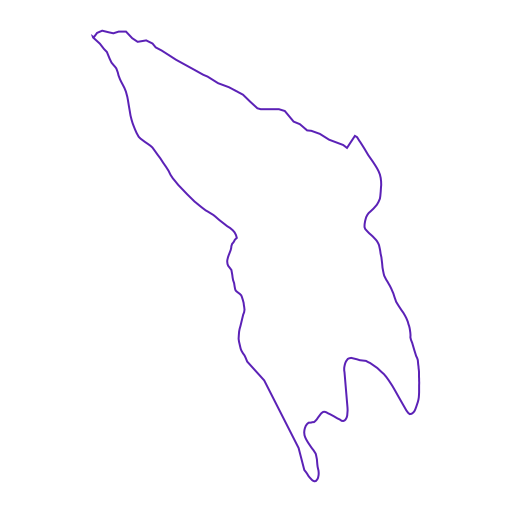 Chalon, Anse-la-Raye, Saint Lucia (Equal Earth projection)
{"feature_id": "8701671B73025224751915", "entity_name": "Chalon", "entity_type": "district", "adm_level": 2, "iso_a3": "LCA", "parent_name": "Saint Lucia", "parent_adm1": "Anse-la-Raye", "projection": "equal_earth", "projection_center": [-61.044, 13.92], "detail": "fine", "context": "isolated", "style": "outline", "palette": "violet", "viewbox_px": 512, "rotation_deg": 0, "n_neighbors": 0, "source": "geoboundaries", "source_scale": "gbopen_adm2", "svg_char_len": 4432}
<svg xmlns="http://www.w3.org/2000/svg" viewBox="0 0 512 512"><path d="M92.8,36.6L93.1,37.5L99.9,43.7L103.9,48.9L106.9,52.0L109.6,58.6L111.5,62.6L114.0,65.6L115.0,66.7L116.3,68.4L117.8,72.5L118.5,75.4L120.0,79.3L121.3,82.0L122.8,84.8L124.4,87.9L125.9,91.6L127.3,96.8L127.9,99.9L128.8,105.5L129.8,111.3L130.5,115.5L131.5,119.5L132.6,123.2L133.5,125.6L135.0,129.4L136.6,133.0L138.7,136.8L140.5,138.6L144.9,141.9L148.0,144.0L150.5,145.8L152.4,147.5L154.8,150.8L157.8,155.0L160.3,158.3L163.2,162.8L166.2,167.1L168.6,170.9L170.5,174.8L172.8,178.3L174.8,180.7L178.2,184.9L187.1,194.2L194.5,201.5L201.5,207.2L205.7,210.4L207.7,211.5L213.4,215.0L215.4,216.6L218.8,219.6L220.3,220.8L227.2,226.2L230.1,228.0L232.8,230.3L234.6,232.4L236.0,235.1L236.8,237.9L234.9,239.7L233.8,241.8L232.9,243.0L232.2,243.7L231.4,246.0L231.2,247.9L230.7,250.0L229.6,252.9L228.7,255.2L228.0,257.2L227.3,260.1L227.2,261.5L227.5,264.0L228.2,265.8L229.9,268.0L231.4,270.0L231.8,272.2L232.3,275.1L232.6,277.5L233.1,280.2L234.1,283.1L234.6,286.4L235.1,289.0L235.6,290.4L236.2,291.1L237.4,292.1L239.8,293.9L241.2,295.3L241.8,296.7L242.8,299.8L243.6,302.8L243.9,305.3L244.2,307.0L244.5,309.7L244.1,312.3L243.2,314.6L242.2,318.7L241.2,322.9L240.5,325.8L239.6,329.0L239.1,331.7L238.8,335.5L238.6,338.8L239.0,341.6L239.7,344.6L240.2,346.8L240.7,348.8L241.4,350.6L242.9,353.2L244.5,355.4L245.6,357.7L247.2,361.6L264.2,380.4L298.6,448.0L304.3,470.0L306.2,472.4L307.4,474.2L308.4,475.9L309.5,477.3L310.6,478.5L312.0,480.0L313.3,480.9L314.6,481.3L315.9,481.0L317.0,479.7L317.3,479.3L317.9,478.2L318.2,477.1L318.6,475.0L318.7,473.0L318.5,470.7L318.1,469.0L317.6,466.7L317.3,464.2L317.1,461.8L316.9,459.3L316.5,457.3L316.1,455.3L315.7,453.7L314.5,451.8L313.4,450.1L312.1,448.5L310.9,446.8L309.7,445.0L308.4,443.1L307.1,441.0L306.1,439.2L305.2,437.3L304.5,435.2L304.2,432.4L304.4,430.2L304.9,428.1L305.8,425.8L307.1,424.0L308.6,422.7L311.0,422.6L312.3,422.2L314.0,422.1L315.2,421.1L316.7,419.5L318.2,417.3L319.2,416.0L321.0,413.6L321.9,412.8L323.2,411.9L324.7,411.8L326.3,412.3L328.2,413.4L330.0,414.2L333.9,416.3L337.4,418.4L339.8,419.5L341.6,420.8L343.2,421.0L344.5,420.5L345.4,419.7L346.2,418.4L346.7,417.4L347.2,415.5L347.4,413.0L347.6,410.4L347.5,407.8L344.5,372.3L344.2,370.3L344.2,367.9L344.5,366.1L344.8,364.7L345.3,363.0L346.0,361.4L347.8,358.9L349.2,358.3L351.2,357.9L357.0,359.3L359.8,360.2L366.0,360.9L368.1,362.1L370.1,363.0L377.3,368.0L381.2,371.7L383.9,374.1L386.4,377.1L388.7,380.3L392.3,385.8L395.2,390.8L398.4,396.5L402.5,403.7L406.4,410.5L408.2,412.9L409.7,414.1L411.5,413.8L412.3,413.3L413.5,412.3L414.5,411.0L415.3,409.3L416.2,406.9L416.9,404.8L417.8,402.1L418.4,399.8L418.8,397.4L419.0,394.7L419.1,392.4L419.1,390.1L419.1,388.6L419.1,387.5L419.1,385.3L419.2,382.8L419.1,380.6L419.1,378.7L419.0,376.9L419.0,374.1L419.0,371.9L418.8,369.7L418.6,368.2L418.5,366.6L418.2,364.4L417.8,360.1L417.2,358.2L416.1,355.9L414.3,350.1L412.6,344.3L412.2,342.9L411.0,339.9L410.4,337.4L410.5,335.1L410.3,332.6L409.9,329.7L409.6,328.0L409.1,326.0L408.4,324.0L407.9,322.0L406.9,319.5L406.3,318.1L405.0,315.6L403.3,312.7L401.5,310.2L398.6,305.8L397.3,303.7L396.1,301.7L395.5,299.9L394.7,297.7L393.9,295.2L393.3,293.3L392.4,291.3L391.2,288.5L389.9,285.9L388.5,283.5L387.5,281.7L386.4,280.0L385.4,278.1L384.2,275.7L383.7,273.8L383.1,270.9L382.5,267.6L382.1,263.2L381.4,257.3L380.6,253.7L380.2,250.8L379.8,248.7L379.0,245.1L378.2,243.3L377.0,241.2L376.0,239.9L374.5,238.3L372.8,236.5L371.3,235.1L369.1,233.2L367.2,231.2L365.3,229.1L364.6,227.4L364.5,226.3L364.6,224.2L365.0,221.7L365.2,220.7L365.7,218.8L366.2,217.1L367.4,214.8L368.7,213.0L370.3,211.6L373.4,208.7L375.7,206.1L376.9,204.7L378.5,201.9L379.9,198.7L380.3,196.1L380.7,191.8L381.0,187.1L381.2,185.0L381.1,181.5L380.9,179.8L380.7,178.0L379.9,174.5L378.6,171.3L377.1,168.4L375.4,165.6L373.0,161.9L370.9,158.9L368.3,155.2L366.1,151.5L364.5,148.8L362.5,145.6L360.2,142.0L359.2,140.6L357.1,137.2L354.9,135.9L347.0,147.9L343.2,145.0L329.1,139.7L319.9,133.9L311.3,130.8L307.1,130.4L299.9,124.2L293.6,121.6L284.8,111.0L278.9,109.2L275.8,109.2L263.8,109.2L260.7,109.2L257.4,108.3L250.2,101.7L243.0,94.7L228.9,87.2L218.1,83.2L207.6,76.6L203.3,74.8L190.5,67.7L176.1,59.8L161.6,50.5L155.7,47.4L152.5,43.5L147.0,40.8L146.2,40.4L138.4,41.7L137.6,41.8L132.2,38.2L126.0,31.6L122.9,31.6L121.7,31.6L118.7,31.6L114.6,32.9L113.4,33.3L109.2,32.4L102.2,30.7L97.1,32.9L93.8,37.3L92.8,36.6Z" fill="none" stroke="#5b21b6" stroke-width="2"/></svg>